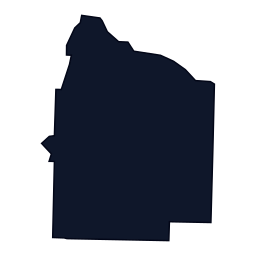 Haywood, Tennessee, United States of America (Equal Earth projection)
{"feature_id": "52423323B54587170177345", "entity_name": "Haywood", "entity_type": "district", "adm_level": 2, "iso_a3": "USA", "parent_name": "United States of America", "parent_adm1": "Tennessee", "projection": "equal_earth", "projection_center": [-89.334, 35.61], "detail": "fine", "context": "isolated", "style": "filled", "palette": "ink", "viewbox_px": 256, "rotation_deg": 0, "n_neighbors": 0, "source": "geoboundaries", "source_scale": "gbopen_adm2", "svg_char_len": 512}
<svg xmlns="http://www.w3.org/2000/svg" viewBox="0 0 256 256"><path d="M100.0,18.0L81.7,15.4L80.3,22.7L74.8,27.9L66.6,45.4L66.5,55.0L71.4,55.2L69.5,64.4L61.3,89.5L55.9,89.4L54.4,135.7L49.3,136.4L41.6,143.4L51.4,153.9L49.1,161.3L54.4,161.4L52.7,237.5L64.2,237.9L66.9,238.6L168.8,240.6L169.4,221.7L210.9,222.5L212.9,147.9L214.4,84.1L210.4,81.6L195.5,80.6L185.4,69.7L173.6,61.3L160.5,55.3L133.8,51.2L127.9,42.1L118.6,41.7L107.3,31.7L102.2,20.9L100.0,18.0Z" fill="#0f172a" stroke="#020617" stroke-width="1.5"/></svg>